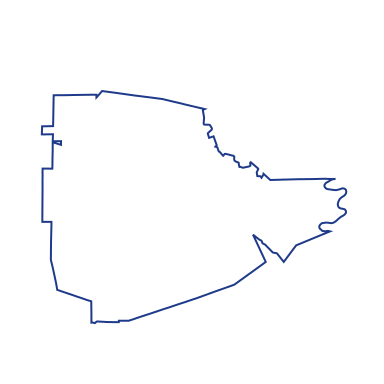 Jiménez, Tamaulipas, Mexico, rotated 261°
{"feature_id": "50627088B38667494572477", "entity_name": "Jiménez", "entity_type": "district", "adm_level": 2, "iso_a3": "MEX", "parent_name": "Mexico", "parent_adm1": "Tamaulipas", "projection": "orthographic", "projection_center": [-98.515, 24.206], "detail": "fine", "context": "isolated", "style": "outline", "palette": "blue", "viewbox_px": 384, "rotation_deg": 261, "n_neighbors": 0, "source": "geoboundaries", "source_scale": "gbopen_adm2", "svg_char_len": 4000}
<svg xmlns="http://www.w3.org/2000/svg" viewBox="0 0 384 384"><g transform="rotate(261 192 192)"><path d="M93.8,219.1L96.0,223.6L96.8,225.1L101.7,234.8L104.7,240.8L111.4,253.9L140.3,245.6L134.9,250.6L134.6,250.9L133.1,252.9L132.3,253.3L130.7,253.5L130.0,254.0L128.6,256.0L119.8,262.2L119.2,263.2L118.7,265.0L118.2,266.1L117.9,266.4L117.4,266.7L108.6,271.7L123.0,286.5L128.7,310.3L131.5,322.1L131.7,321.6L132.1,320.8L132.3,320.1L132.4,319.3L132.3,318.8L132.3,318.0L132.4,317.2L132.9,315.4L133.2,314.6L133.7,314.3L134.5,313.7L135.4,312.8L136.5,312.3L137.4,312.2L138.7,312.6L139.8,313.6L139.9,313.9L140.8,315.3L140.9,316.1L140.8,319.7L140.4,321.5L139.4,324.8L139.4,325.9L139.6,327.1L140.4,329.0L141.8,331.3L142.5,332.3L142.7,332.6L143.7,334.4L144.1,335.0L144.3,335.4L145.0,337.6L145.8,339.1L146.5,340.0L147.1,340.6L147.8,340.9L148.3,341.0L148.9,341.0L149.3,341.0L150.2,340.6L150.9,340.2L151.4,339.3L151.7,338.6L152.3,336.9L152.6,336.2L152.9,335.6L153.7,334.8L154.7,334.2L155.7,334.1L156.9,334.0L158.9,334.7L160.8,335.9L162.0,336.9L162.8,338.0L163.4,339.1L164.0,340.4L164.5,341.6L164.8,342.1L165.3,342.8L165.5,342.9L165.9,343.3L166.5,343.8L168.0,344.4L168.4,344.5L168.6,344.5L169.1,344.4L169.5,344.4L170.3,344.2L171.0,343.7L171.9,342.1L172.1,341.0L171.7,339.1L171.5,337.5L171.4,336.4L171.3,334.7L171.6,333.2L171.9,332.2L172.3,330.7L172.7,329.4L173.2,327.8L173.5,326.8L173.9,325.9L174.5,324.9L176.1,323.9L176.7,323.8L177.7,323.8L178.4,324.1L178.5,324.2L179.8,325.4L180.8,327.7L180.9,328.3L181.3,329.1L181.7,330.0L182.3,331.6L182.5,332.6L182.5,334.2L182.5,335.8L183.1,331.3L184.4,324.6L185.5,316.1L186.2,311.1L187.3,303.6L188.0,298.9L189.3,289.0L190.2,282.4L190.2,281.9L190.8,277.5L191.6,271.2L198.8,265.5L198.2,265.3L197.8,265.1L195.2,262.9L196.8,262.1L197.5,259.0L201.3,259.0L202.3,259.7L204.3,261.0L204.6,260.7L205.0,260.8L206.0,260.0L212.2,254.7L211.9,254.1L211.5,254.0L208.9,253.8L208.3,252.4L208.2,250.6L208.0,246.0L209.3,243.7L209.3,242.8L210.9,242.6L212.3,242.6L212.7,242.6L213.0,242.7L213.5,242.7L213.8,242.5L214.3,241.8L214.8,240.7L215.3,239.9L215.6,239.7L216.2,239.0L216.8,238.8L218.2,238.8L219.9,239.2L220.5,239.2L221.2,238.7L222.6,235.4L222.7,235.2L223.1,234.3L223.4,233.7L224.5,230.9L224.5,230.7L224.5,230.4L224.1,229.8L224.0,229.6L222.9,228.6L223.0,228.3L223.5,228.0L227.4,225.6L227.5,225.2L228.3,224.7L228.9,224.5L231.8,224.1L232.2,224.0L232.5,223.6L233.1,222.2L233.3,222.4L234.3,223.7L235.7,223.5L236.9,223.2L237.9,223.1L238.6,222.9L241.4,222.4L242.2,222.3L243.0,222.1L243.6,222.0L242.9,217.9L242.8,217.4L246.6,216.8L247.1,216.7L247.4,216.8L247.7,217.0L248.1,217.6L250.1,220.6L250.4,221.1L250.8,221.4L251.4,221.6L252.2,221.5L255.2,220.2L255.5,220.0L255.7,219.6L256.6,214.9L256.7,214.6L257.0,214.4L257.3,214.3L257.8,214.2L263.2,215.5L264.3,215.6L270.6,215.5L271.2,215.6L271.5,216.0L271.9,217.5L278.4,201.6L280.3,197.0L280.5,196.7L286.9,181.0L288.4,177.5L291.6,166.7L296.0,151.5L296.0,151.4L301.9,132.1L303.9,125.3L305.8,119.0L303.7,116.5L300.9,113.2L300.3,112.4L303.0,112.8L303.9,107.3L304.1,105.8L305.8,93.9L306.4,89.6L306.5,88.9L307.4,82.4L309.2,70.5L290.5,67.2L284.3,66.1L280.5,65.4L279.3,65.2L278.8,65.1L280.1,55.8L280.3,54.2L279.6,54.1L272.4,52.7L272.2,53.7L270.8,63.7L263.9,62.4L262.7,70.6L259.1,70.0L262.9,62.2L260.2,61.8L256.8,61.2L255.3,61.0L246.1,59.3L241.2,58.5L236.9,57.7L238.5,48.1L233.9,47.3L231.5,47.0L228.2,46.4L217.4,44.7L212.6,43.9L195.1,41.0L193.9,40.8L185.9,39.5L184.5,48.5L184.4,48.5L183.9,48.4L179.1,47.6L172.6,46.4L163.8,44.8L147.1,42.0L138.0,42.7L123.1,43.5L116.4,43.6L108.8,58.1L106.7,62.0L105.9,63.6L101.9,71.1L99.8,75.4L91.0,74.1L90.0,74.0L78.7,72.2L78.7,73.4L77.8,75.1L77.8,75.9L78.7,77.1L79.0,78.0L76.9,87.6L75.9,93.3L74.9,99.3L76.3,99.6L76.1,100.9L74.8,109.1L74.8,109.8L74.9,110.3L75.4,113.5L75.9,116.5L76.0,116.8L77.9,128.3L78.0,129.3L78.1,129.9L80.7,145.3L81.4,149.9L81.5,150.7L82.7,157.7L83.4,161.8L83.7,163.8L84.1,166.3L84.2,167.0L85.8,176.3L86.0,177.8L86.4,180.1L90.1,199.2L91.0,204.1L93.8,219.1Z" fill="none" stroke="#1e3a8a" stroke-width="2"/></g></svg>